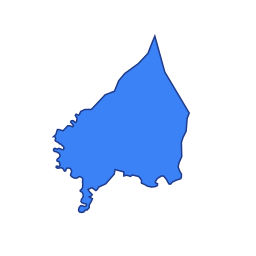 Enrique Martínez, Treinta y Tres, Uruguay, rotated 110°
{"feature_id": "84410073B18985772517104", "entity_name": "Enrique Martínez", "entity_type": "district", "adm_level": 2, "iso_a3": "URY", "parent_name": "Uruguay", "parent_adm1": "Treinta y Tres", "projection": "orthographic", "projection_center": [-53.826, -33.156], "detail": "fine", "context": "isolated", "style": "filled", "palette": "blue", "viewbox_px": 256, "rotation_deg": 110, "n_neighbors": 0, "source": "geoboundaries", "source_scale": "gbopen_adm2", "svg_char_len": 4148}
<svg xmlns="http://www.w3.org/2000/svg" viewBox="0 0 256 256"><g transform="rotate(110 128 128)"><path d="M93.0,75.6L62.8,112.6L32.5,134.2L38.9,134.5L51.2,134.8L64.1,140.4L77.9,149.7L86.7,152.9L98.0,153.3L104.6,160.8L123.1,168.8L125.3,174.8L128.6,178.1L131.6,178.3L132.7,178.7L132.9,179.8L132.7,180.6L132.8,181.5L134.1,181.9L135.1,180.8L136.0,179.5L136.8,179.1L138.4,178.8L139.8,178.7L140.9,179.3L139.9,181.8L140.1,182.9L140.6,183.8L142.1,183.9L143.4,181.5L144.5,180.0L145.7,180.3L145.8,181.9L145.9,184.0L146.5,185.4L150.1,186.9L152.8,188.1L153.1,192.4L153.6,193.8L158.9,193.6L161.6,195.0L161.4,194.4L161.3,193.8L161.5,193.2L161.8,192.9L162.2,192.7L162.5,192.4L163.0,192.3L163.5,192.3L164.0,192.4L164.4,192.4L164.7,192.1L165.0,191.7L165.2,191.1L165.3,190.3L165.3,189.5L165.4,188.8L165.7,188.1L166.0,187.5L166.3,187.2L166.3,186.8L166.1,186.2L166.2,185.6L166.7,184.5L167.1,183.7L167.4,182.6L167.5,182.2L167.8,181.9L168.2,181.7L168.7,181.4L169.4,181.2L169.9,181.2L170.4,181.4L170.6,181.5L170.7,181.8L170.7,182.7L170.8,183.8L170.8,184.7L170.7,185.5L170.8,186.1L171.2,186.5L171.6,186.9L172.0,187.3L172.2,188.0L172.1,188.8L172.0,189.5L172.4,190.2L172.8,190.5L173.4,190.6L174.0,190.5L174.6,190.2L175.0,189.6L175.2,188.9L175.1,188.3L174.9,187.8L174.8,187.2L174.9,186.6L175.1,186.1L175.1,185.6L175.2,185.0L175.2,184.3L175.4,183.9L175.8,183.5L176.3,183.1L176.7,182.8L177.2,182.4L177.7,182.2L178.2,182.3L178.7,182.5L179.4,182.7L180.2,183.1L180.9,183.5L181.5,183.8L182.0,183.9L182.5,183.8L182.9,183.7L183.2,183.4L183.3,183.2L183.5,182.9L183.3,182.3L183.2,181.7L183.2,181.2L183.5,180.8L183.9,180.6L184.4,180.4L184.9,180.2L185.3,179.7L185.7,179.3L186.2,179.2L186.6,179.2L187.2,179.4L187.6,179.7L187.9,180.2L188.0,180.8L188.0,181.5L188.3,182.0L188.6,182.3L189.1,182.3L189.6,182.0L189.8,181.7L189.8,181.4L189.8,180.8L189.7,180.2L189.6,179.6L189.4,179.2L189.0,178.8L188.7,178.3L188.5,177.7L188.2,176.9L188.2,176.2L188.3,175.5L188.7,174.9L189.1,174.3L189.5,173.9L190.0,173.4L190.2,173.0L190.0,172.4L189.8,172.0L189.4,172.0L188.9,172.0L188.2,172.1L187.5,171.9L187.0,171.8L186.5,171.4L186.2,170.9L185.9,170.1L185.9,169.4L185.8,168.6L186.0,168.0L186.5,167.4L187.1,166.9L187.6,166.3L188.2,166.1L189.0,166.0L189.7,166.0L190.4,166.0L191.6,166.0L192.2,165.6L192.6,165.0L192.9,164.6L193.1,163.6L193.3,163.0L193.4,162.0L193.3,161.0L193.1,160.3L192.8,159.5L192.5,158.9L191.7,158.2L191.0,157.7L190.7,157.5L190.4,157.2L190.3,156.7L190.3,156.4L190.2,155.7L190.3,154.9L190.5,154.1L191.0,153.4L191.5,153.1L192.3,152.8L193.1,152.6L194.0,152.4L194.7,152.1L195.7,151.5L196.7,151.1L197.6,150.9L198.4,150.6L199.3,150.4L200.0,150.4L200.7,150.5L201.3,150.7L201.9,151.0L202.5,151.3L202.9,151.6L203.3,151.5L203.7,151.2L203.9,150.7L203.9,150.1L203.9,149.6L204.1,149.1L204.7,148.5L205.3,147.9L205.9,147.4L206.5,147.1L207.3,146.8L208.0,146.8L208.7,146.8L209.4,146.9L210.1,147.1L210.7,147.3L211.7,147.3L212.5,147.1L213.2,147.0L213.6,146.5L213.9,146.0L214.0,145.1L214.1,144.4L214.1,143.8L214.0,143.2L213.9,142.6L213.8,142.0L213.7,141.5L213.8,141.0L214.3,140.7L214.9,140.6L215.5,140.8L215.8,141.0L216.3,141.5L216.7,142.1L216.8,142.7L216.7,143.5L216.7,144.3L216.8,144.9L216.9,145.4L217.3,145.9L218.0,146.2L218.7,146.5L219.2,146.6L219.9,146.7L220.7,146.6L221.2,146.6L222.0,146.4L222.4,146.1L223.0,145.7L223.2,145.3L223.4,144.9L223.5,144.5L223.4,143.8L223.3,143.2L223.1,142.5L222.8,142.0L222.5,141.5L222.2,141.1L221.9,140.8L221.3,140.6L220.5,140.2L219.7,140.0L219.3,139.6L219.0,139.2L218.9,138.8L219.1,138.5L216.2,137.2L213.6,138.1L208.8,137.3L206.6,137.3L206.0,140.8L204.4,139.2L202.7,138.9L201.0,142.6L199.5,144.5L196.4,141.6L197.8,136.8L196.7,136.0L193.5,135.3L188.0,129.8L176.1,125.2L171.5,125.9L170.7,116.8L173.6,115.9L174.5,115.4L173.0,113.6L172.6,111.1L172.7,109.2L170.6,107.7L169.9,101.3L172.3,97.5L175.2,96.5L175.4,93.0L176.0,89.8L175.4,85.5L173.4,81.9L172.0,80.7L170.2,81.2L170.1,83.4L168.7,83.9L165.3,83.1L161.6,80.1L161.0,78.0L163.2,74.3L166.6,70.4L166.2,68.8L163.7,67.8L160.9,65.2L158.5,62.3L157.7,61.2L156.0,61.0L153.0,62.0L151.3,64.2L147.6,67.5L143.5,68.2L136.6,67.7L123.3,72.9L117.9,73.1L111.1,72.3L98.8,75.7L93.0,75.6Z" fill="#3b82f6" stroke="#1e3a8a" stroke-width="1.5"/></g></svg>